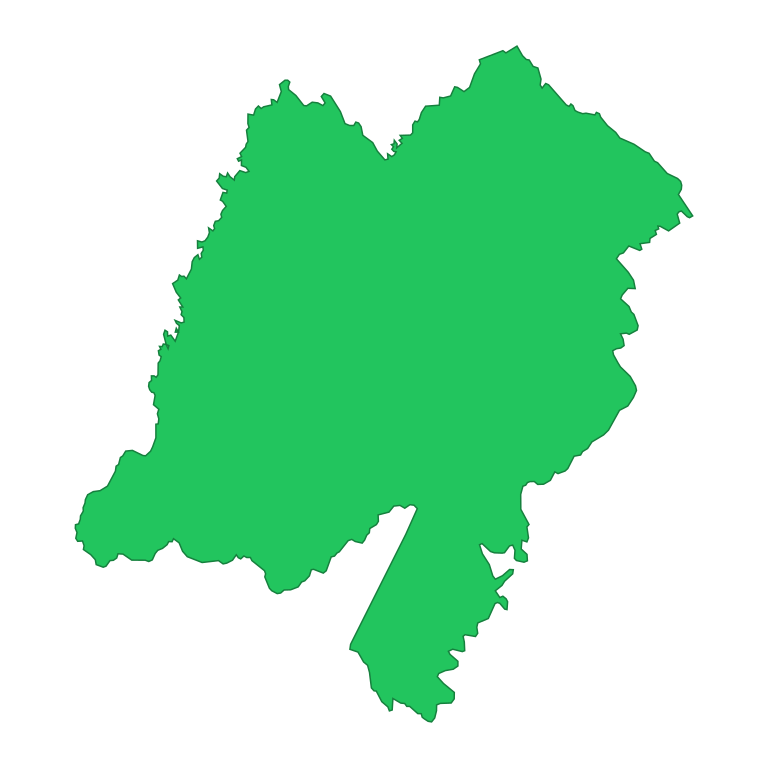 outline of Tibagi, Paraná, Brazil
{"feature_id": "56859067B71832122633341", "entity_name": "Tibagi", "entity_type": "district", "adm_level": 2, "iso_a3": "BRA", "parent_name": "Brazil", "parent_adm1": "Paraná", "projection": "equal_earth", "projection_center": [-50.488, -24.685], "detail": "fine", "context": "isolated", "style": "filled", "palette": "green", "viewbox_px": 768, "rotation_deg": 0, "n_neighbors": 0, "source": "geoboundaries", "source_scale": "gbopen_adm2", "svg_char_len": 6078}
<svg xmlns="http://www.w3.org/2000/svg" viewBox="0 0 768 768"><path d="M567.8,468.5L574.1,456.2L580.6,455.0L582.5,451.6L587.6,448.5L591.9,441.9L603.6,434.9L608.5,430.1L619.5,410.3L627.8,406.0L633.4,397.5L636.5,390.4L635.5,385.8L630.2,376.4L620.4,366.9L617.8,362.6L613.5,354.8L612.7,350.7L616.5,348.7L620.8,348.0L624.1,345.6L623.1,339.2L620.5,333.8L626.4,333.1L629.2,334.3L637.2,330.0L638.1,325.7L633.9,314.4L631.3,312.0L629.0,306.5L620.6,298.8L622.2,295.0L627.9,288.3L635.2,288.6L633.5,280.2L628.3,272.3L616.4,258.8L619.4,254.3L623.4,252.9L628.8,246.0L639.7,250.4L641.8,249.2L640.0,243.7L649.6,242.4L650.0,238.4L656.4,234.4L655.2,230.5L658.7,228.9L657.9,226.1L660.2,226.3L668.6,230.9L679.7,223.1L677.2,214.1L679.0,211.8L681.4,211.0L687.3,216.7L689.6,217.7L692.7,215.9L678.4,194.5L681.3,189.3L681.7,185.2L680.6,181.4L677.6,178.5L667.2,173.5L657.6,162.7L654.4,161.2L649.1,153.3L645.2,151.8L634.1,144.3L619.8,138.0L615.7,132.4L607.5,125.7L600.7,117.2L599.4,113.7L596.4,112.4L594.9,114.9L586.0,113.2L582.7,113.7L577.7,112.0L575.0,110.5L573.0,105.7L570.9,104.0L569.1,106.4L566.2,104.9L548.6,84.8L545.7,83.5L542.1,88.1L540.2,85.0L541.0,79.1L537.9,68.0L533.1,66.4L529.2,60.0L526.3,59.5L522.5,55.7L517.0,46.1L505.9,52.9L502.9,50.7L479.3,59.8L480.5,63.9L474.5,73.8L469.6,87.4L464.0,91.6L457.5,87.4L454.7,86.8L450.6,96.0L443.2,97.9L439.8,97.3L439.3,105.2L425.6,106.2L421.4,112.6L419.3,119.4L417.5,121.9L415.0,121.1L412.7,124.9L412.7,132.8L410.5,135.1L400.2,135.4L402.3,138.4L399.2,140.3L402.0,143.3L396.7,147.9L397.1,144.0L394.3,140.3L394.0,143.8L391.4,144.6L393.5,146.8L391.8,149.2L393.8,151.4L396.1,151.8L394.4,154.8L391.8,156.6L387.6,153.8L388.0,159.1L384.9,159.9L377.3,151.1L372.7,142.6L362.8,135.3L361.1,126.7L358.6,123.0L355.8,122.1L353.8,125.5L349.6,125.5L345.0,123.6L340.4,111.6L330.6,96.1L324.0,93.5L321.3,96.5L325.1,102.9L322.9,105.6L317.9,102.9L312.2,102.2L306.5,105.9L303.7,105.5L295.9,95.5L288.6,89.6L288.3,86.5L289.8,82.1L287.7,80.2L285.0,80.2L279.5,84.6L281.3,91.6L277.1,102.4L273.7,99.8L271.3,99.5L271.9,104.9L263.7,106.8L261.1,108.5L258.4,106.0L255.5,109.0L253.6,115.1L248.0,114.1L247.9,123.7L249.1,127.4L246.5,130.2L248.0,141.5L246.2,144.2L245.6,147.3L240.0,153.2L241.6,156.6L237.3,158.7L238.6,161.2L241.5,160.0L241.4,165.5L246.0,167.3L249.0,171.4L245.7,172.6L239.8,170.6L234.7,176.7L234.3,180.1L230.0,176.7L227.6,173.0L226.3,176.7L223.3,176.3L219.7,173.7L219.2,178.1L216.6,181.0L222.4,188.5L227.2,190.1L226.7,193.1L223.0,192.4L220.3,200.0L222.6,201.3L226.2,206.4L222.6,210.4L220.9,214.2L221.7,217.4L218.6,220.7L215.3,221.3L213.7,225.6L214.6,228.7L212.9,230.9L208.6,227.9L209.4,232.7L207.8,237.1L205.0,240.8L201.9,242.0L197.5,240.8L197.6,248.3L202.9,246.9L203.3,250.2L201.2,253.4L201.8,257.2L199.4,259.3L197.9,254.7L194.3,257.6L192.2,261.7L191.4,269.1L186.4,278.8L184.0,276.2L181.6,276.5L179.4,275.0L177.8,280.1L172.6,283.6L176.3,292.3L180.7,298.0L178.3,299.9L182.8,307.0L179.8,307.0L182.0,311.6L181.1,314.7L183.9,317.5L184.1,322.1L181.2,322.9L175.1,320.4L176.5,323.3L179.3,325.6L178.5,332.1L175.2,341.2L170.8,335.1L167.7,336.1L167.5,331.8L165.0,330.2L163.6,334.3L166.2,344.5L163.3,344.0L162.2,346.6L159.5,346.4L160.9,349.3L158.4,350.7L159.1,355.1L161.2,356.6L160.1,360.7L158.2,363.1L158.0,374.8L156.2,377.3L154.1,375.9L151.4,375.9L151.5,380.5L149.1,382.5L148.6,386.3L149.7,389.7L151.7,392.2L153.9,392.7L155.1,395.5L153.5,404.7L158.8,409.2L157.4,413.8L158.8,418.8L158.2,423.9L155.9,424.2L155.9,437.8L152.6,447.0L150.6,451.2L145.6,455.8L142.9,455.5L132.4,450.4L125.7,451.1L122.7,456.0L120.4,457.5L118.6,464.5L116.1,466.2L115.4,471.2L107.5,486.1L100.0,490.7L93.3,491.6L87.7,494.7L85.4,499.6L85.0,503.1L83.1,507.7L83.3,511.1L80.5,515.9L80.3,519.3L78.6,523.9L75.5,524.7L75.3,528.3L77.0,532.5L75.8,538.3L77.7,541.3L82.5,541.0L84.1,545.8L83.4,549.5L90.7,554.6L95.3,559.7L96.2,564.6L103.2,567.2L106.0,566.2L110.0,560.6L113.4,560.3L116.7,558.0L118.0,553.8L123.0,554.1L131.7,560.1L145.2,560.2L148.8,561.5L152.3,559.9L155.2,553.5L157.8,550.3L162.5,548.4L167.1,544.7L168.7,541.6L172.1,541.7L173.5,538.7L179.1,542.8L182.6,551.3L187.3,556.7L202.1,562.5L218.5,560.6L223.1,563.9L226.8,563.1L232.5,560.2L236.3,554.8L238.3,557.7L240.7,558.9L243.9,556.0L246.7,557.5L250.4,557.5L251.9,560.6L264.5,570.7L265.6,573.8L264.8,576.9L269.4,588.2L271.7,590.7L277.2,593.6L280.7,593.0L284.1,590.0L290.6,589.8L298.2,586.9L301.6,582.0L304.8,580.8L309.4,575.9L311.3,569.7L313.6,569.3L323.3,573.1L326.2,570.8L331.2,556.9L334.5,556.1L337.0,553.0L339.3,551.8L348.2,540.6L351.8,539.4L355.2,541.5L362.2,543.1L364.6,540.1L366.7,535.2L369.3,532.8L369.8,528.5L376.4,524.6L378.4,521.3L378.1,514.9L389.0,512.1L393.8,506.1L400.0,505.4L404.8,508.2L409.9,504.7L414.0,505.2L417.3,508.6L405.8,534.3L350.6,644.3L349.9,649.3L358.0,652.1L363.6,662.0L367.6,665.3L369.5,672.4L371.4,687.9L374.0,690.8L376.3,691.1L381.8,701.7L387.9,706.9L389.4,710.9L392.2,710.0L392.9,698.5L400.8,703.1L404.7,703.5L406.8,706.4L409.7,706.4L417.8,713.6L421.2,713.7L422.2,717.2L424.4,718.9L428.1,721.3L431.6,721.9L434.7,718.0L436.5,710.7L436.6,704.9L440.3,703.4L451.2,703.0L454.2,698.9L454.3,692.4L443.5,683.5L437.3,676.7L438.7,673.5L445.3,670.6L453.3,669.2L457.9,666.0L457.9,661.3L450.0,654.4L448.4,651.3L452.7,649.2L462.3,651.6L464.7,650.7L464.3,642.0L463.1,636.3L465.0,634.7L475.5,636.5L477.7,633.3L476.8,627.2L477.8,622.9L488.3,618.5L495.0,603.6L497.3,602.5L499.8,603.3L504.7,609.1L507.0,609.6L507.6,601.7L506.1,598.8L502.9,596.2L499.8,597.5L495.3,590.8L502.0,585.4L504.6,581.2L512.7,573.8L513.3,569.7L509.6,569.5L502.5,575.7L495.3,579.2L492.8,575.9L489.3,564.6L482.4,553.8L479.5,544.7L482.1,543.6L490.5,551.5L494.3,552.8L502.2,553.1L504.5,552.7L509.5,545.9L512.7,545.1L515.0,550.3L514.4,558.3L516.4,560.5L524.0,562.2L527.4,560.8L527.0,554.4L521.2,549.0L521.9,540.2L526.9,541.9L528.5,537.9L526.9,526.9L529.0,524.5L520.8,509.3L520.7,494.4L522.9,486.2L525.7,485.2L527.4,482.6L529.9,481.6L534.3,481.5L537.7,484.4L543.6,484.2L550.4,480.3L554.8,471.9L558.0,473.6L565.1,471.0L567.8,468.5ZM166.2,344.5L168.9,345.6L168.1,348.7L166.2,344.5ZM178.5,332.1L176.3,328.3L175.3,332.1L178.5,332.1Z" fill="#22c55e" stroke="#15803d" stroke-width="1.5"/></svg>